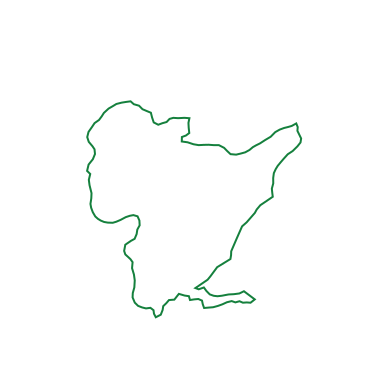 the district of Cruzeiro da Fortaleza, Minas Gerais, Brazil, rotated 42°
{"feature_id": "56859067B23178388269871", "entity_name": "Cruzeiro da Fortaleza", "entity_type": "district", "adm_level": 2, "iso_a3": "BRA", "parent_name": "Brazil", "parent_adm1": "Minas Gerais", "projection": "natural_earth1", "projection_center": [-46.666, -18.961], "detail": "fine", "context": "isolated", "style": "outline", "palette": "green", "viewbox_px": 384, "rotation_deg": 42, "n_neighbors": 0, "source": "geoboundaries", "source_scale": "gbopen_adm2", "svg_char_len": 2335}
<svg xmlns="http://www.w3.org/2000/svg" viewBox="0 0 384 384"><g transform="rotate(42 192 192)"><path d="M310.5,229.8L303.7,230.4L297.0,231.0L295.1,235.7L291.5,239.9L287.7,243.7L283.6,249.1L280.7,252.4L277.6,254.6L273.7,256.2L268.9,255.9L264.7,255.0L262.1,259.8L258.8,261.1L260.8,252.9L262.3,246.7L262.1,242.5L261.0,231.0L265.4,216.1L263.3,212.8L260.8,209.8L256.3,196.5L252.2,184.0L252.9,178.0L252.7,165.5L251.8,161.7L251.6,156.1L255.2,141.5L252.3,139.0L249.1,136.1L246.6,131.2L243.0,127.3L240.2,123.2L238.9,119.0L238.2,115.2L238.0,110.4L237.9,106.1L237.9,99.9L239.4,94.2L239.8,87.6L239.5,82.6L237.3,79.2L233.1,77.5L229.4,76.0L227.1,73.0L223.6,71.3L221.9,76.2L219.9,79.4L217.6,82.8L215.4,87.0L213.8,91.8L213.5,98.3L211.6,104.4L210.0,110.4L208.4,114.4L207.2,118.0L206.6,122.3L205.0,126.9L202.5,130.8L199.8,134.7L195.3,138.1L190.6,138.0L186.3,137.7L180.6,139.2L177.2,142.3L172.7,145.8L169.1,149.2L165.6,152.7L161.2,155.5L155.5,158.0L150.6,161.3L147.7,157.9L149.7,154.1L150.5,150.0L146.5,146.4L143.1,143.0L140.7,138.9L136.8,141.9L132.3,146.4L128.5,149.4L126.4,152.7L126.3,157.0L124.0,160.6L121.9,164.6L117.0,165.9L112.4,163.3L108.4,160.6L104.2,162.1L99.8,163.6L94.9,163.3L90.0,165.7L85.7,165.7L82.8,169.1L79.9,172.7L76.9,177.2L75.7,181.2L74.2,185.8L73.6,192.2L74.3,196.3L74.7,200.7L73.5,206.0L74.2,210.8L74.9,216.6L77.4,221.3L81.7,223.8L87.5,224.6L91.0,225.5L94.5,228.7L96.4,234.0L96.8,240.8L99.9,246.5L104.3,246.7L107.2,252.0L111.3,255.5L114.7,257.8L118.1,260.1L121.4,264.1L124.5,268.8L127.6,271.2L131.8,273.4L136.5,274.9L140.0,274.9L143.3,274.3L146.7,273.1L149.9,271.1L153.7,267.9L155.6,264.8L157.6,260.5L159.6,255.0L161.7,251.3L163.9,248.4L167.8,246.5L172.0,248.4L175.4,251.8L176.5,256.5L179.0,260.3L180.7,265.2L179.3,269.2L177.7,275.8L181.0,281.2L184.2,283.0L191.2,283.1L194.8,283.9L198.4,288.7L204.1,292.2L208.6,296.0L213.0,301.5L215.6,306.7L218.4,310.1L223.5,312.5L228.1,312.7L232.1,311.2L235.7,309.3L238.6,305.9L242.5,305.6L245.2,307.9L248.9,309.3L250.9,304.1L249.1,299.3L247.0,296.1L247.3,291.9L247.2,287.7L250.9,283.8L250.4,276.5L255.8,273.9L259.4,271.5L262.8,273.6L265.5,270.3L268.3,267.3L272.1,266.0L275.1,268.2L278.6,270.1L281.2,267.3L284.8,263.5L287.5,259.3L289.8,255.0L291.7,250.6L294.5,246.5L298.1,245.0L300.4,241.4L303.9,240.2L306.6,237.4L309.6,235.1L310.5,229.8Z" fill="none" stroke="#15803d" stroke-width="2"/></g></svg>